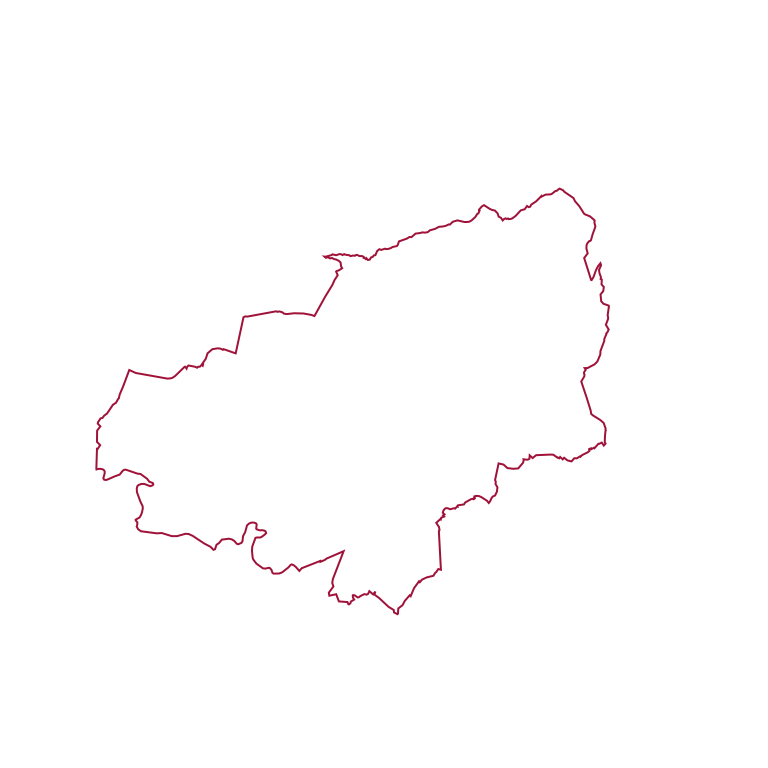 Penjamillo, Michoacán, Mexico, rotated 216°
{"feature_id": "50627088B96550332403790", "entity_name": "Penjamillo", "entity_type": "district", "adm_level": 2, "iso_a3": "MEX", "parent_name": "Mexico", "parent_adm1": "Michoacán", "projection": "albers", "projection_center": [-101.903, 20.095], "detail": "fine", "context": "isolated", "style": "outline", "palette": "rose", "viewbox_px": 768, "rotation_deg": 216, "n_neighbors": 0, "source": "geoboundaries", "source_scale": "gbopen_adm2", "svg_char_len": 6166}
<svg xmlns="http://www.w3.org/2000/svg" viewBox="0 0 768 768"><g transform="rotate(216 384 384)"><path d="M342.6,183.0L342.3,186.6L331.5,203.5L330.9,202.8L328.6,206.6L327.7,209.3L318.4,225.0L310.7,196.1L308.9,192.6L305.9,190.4L306.0,182.8L303.8,180.6L299.1,185.8L292.7,181.6L285.4,186.1L283.4,184.9L282.8,185.1L282.3,186.8L282.9,188.5L281.4,192.1L283.5,192.9L285.0,194.6L284.9,195.1L283.5,195.8L280.0,195.8L279.1,196.5L278.4,198.6L276.6,202.1L276.2,202.6L274.3,203.3L273.5,204.9L274.1,207.8L269.2,207.4L269.0,211.0L268.0,208.0L262.2,208.0L249.3,206.4L243.3,206.9L241.6,205.1L237.8,205.7L237.7,206.4L240.5,210.8L239.0,216.1L239.7,220.7L239.0,228.2L237.7,228.0L239.7,236.4L239.7,245.0L238.5,244.7L238.3,248.0L235.8,252.6L231.3,257.9L231.6,261.2L231.2,262.5L231.3,266.2L228.8,267.2L253.2,297.3L253.2,298.4L255.4,300.6L260.1,302.4L259.0,308.0L258.5,307.9L259.1,309.5L257.4,312.1L259.0,312.4L258.4,314.1L260.8,314.4L261.5,316.3L261.5,318.6L261.0,319.9L259.3,321.0L256.9,321.5L254.3,324.7L253.2,325.0L252.9,327.6L252.4,327.9L252.9,328.2L252.9,329.3L248.5,333.6L248.7,335.9L245.8,342.1L245.0,343.0L243.8,343.4L243.4,344.3L243.3,344.7L244.3,345.0L244.1,346.1L244.7,346.3L244.0,347.4L241.5,349.1L238.8,349.7L232.0,350.1L229.3,349.3L229.2,351.3L230.0,355.3L229.8,357.0L228.6,359.1L229.4,363.3L231.5,367.1L234.9,368.6L236.3,370.8L237.7,371.6L244.6,387.1L239.9,389.1L234.8,388.5L229.7,391.3L225.8,394.6L225.2,402.1L226.3,404.6L226.9,405.1L223.8,406.8L222.9,407.8L222.4,409.0L224.2,411.9L220.2,411.5L219.1,415.8L208.8,424.0L205.6,426.3L200.3,426.4L200.3,426.7L198.6,426.9L198.6,428.5L195.1,428.1L194.9,430.2L190.7,430.0L186.8,431.6L186.4,435.8L184.3,437.2L182.9,440.7L182.3,440.6L182.0,442.8L178.9,448.8L178.5,450.7L179.8,451.8L178.8,453.6L178.0,453.1L176.7,455.8L176.0,455.7L175.4,461.7L174.7,462.1L173.4,464.6L170.0,463.4L169.7,466.0L171.2,466.7L174.4,471.4L177.1,476.0L177.2,476.7L178.0,477.2L178.6,478.3L183.4,481.6L188.0,482.0L196.6,481.4L198.8,481.6L201.2,484.0L212.2,492.2L225.9,502.0L226.4,507.7L227.2,509.3L228.5,510.2L229.1,511.4L229.1,514.0L231.0,514.8L228.6,516.7L225.2,523.7L224.6,527.5L226.3,534.9L228.3,538.0L231.1,548.3L232.2,549.8L233.5,555.3L233.9,555.6L233.7,557.4L234.3,560.2L239.3,562.3L240.9,568.2L241.7,569.5L243.5,571.1L247.7,579.1L248.3,579.5L253.6,577.9L256.9,578.6L261.5,583.8L261.2,588.0L263.2,591.7L266.5,592.4L269.2,596.5L270.5,596.3L271.2,597.9L274.9,600.4L277.1,602.7L278.2,607.7L279.9,608.9L280.1,605.0L279.3,600.2L277.4,593.8L277.1,590.1L277.6,589.9L296.1,603.6L296.0,609.4L300.1,612.8L301.9,615.8L302.2,617.6L301.9,620.4L301.2,621.1L301.1,622.0L303.3,628.0L305.2,634.7L305.7,635.8L308.5,638.1L309.8,640.2L315.9,640.7L321.0,639.4L322.3,639.4L330.6,642.7L336.8,644.1L340.0,645.8L351.0,645.5L353.0,646.0L356.7,645.3L357.3,644.1L357.7,642.0L358.8,640.8L359.9,636.7L360.7,635.3L364.6,632.2L366.9,627.7L367.2,628.1L368.3,621.1L370.3,615.7L370.0,613.3L370.9,612.1L372.9,612.1L372.9,608.1L375.4,604.9L376.3,597.5L377.5,593.5L378.6,591.9L380.1,590.6L380.9,590.8L382.0,589.5L382.9,589.5L383.8,588.2L384.1,586.1L387.1,587.2L389.6,586.8L392.6,588.9L396.3,589.5L399.0,588.3L401.8,587.8L408.2,587.5L409.2,585.2L409.6,581.0L409.2,580.3L408.6,580.4L407.9,577.5L408.5,576.7L408.3,572.7L409.3,567.8L410.0,566.2L410.9,564.8L414.0,562.4L420.8,559.5L423.7,555.7L424.4,551.7L425.4,551.2L427.0,548.3L429.0,546.0L431.9,543.5L434.0,539.3L437.1,535.5L437.9,532.5L439.9,530.5L442.1,529.2L443.6,527.3L446.9,524.2L448.1,519.0L449.8,517.9L451.0,515.0L455.7,508.2L454.6,504.5L454.7,503.1L457.5,500.0L458.6,497.6L460.2,495.5L461.7,494.3L462.7,494.1L465.0,490.9L467.0,490.3L467.7,487.5L466.7,483.2L467.9,481.9L467.8,480.3L468.9,478.8L468.6,476.3L469.9,474.9L472.2,475.4L472.1,474.4L473.4,474.5L474.5,474.1L474.7,474.8L476.6,474.8L479.0,473.1L481.7,472.6L482.7,471.5L482.9,470.6L484.4,469.9L486.3,467.7L487.6,467.8L491.7,465.7L492.5,465.7L493.3,464.0L495.1,463.7L496.3,463.0L498.5,460.0L501.9,458.6L502.2,457.5L506.0,452.7L507.0,452.1L505.3,451.9L503.8,453.6L501.4,453.9L500.2,455.4L497.8,455.7L496.2,456.5L493.2,457.1L490.6,456.8L487.8,453.9L485.9,453.1L487.4,449.2L488.7,447.6L488.8,446.8L485.4,444.8L485.1,438.9L484.0,433.9L482.9,419.9L480.2,398.1L483.4,397.2L490.6,393.7L498.3,388.4L503.9,383.3L506.4,382.1L508.2,382.3L510.0,381.7L511.5,381.1L512.5,379.8L514.0,379.4L534.2,358.2L536.0,357.1L536.9,355.4L522.0,321.6L534.3,317.9L534.4,317.0L537.1,316.5L539.4,315.2L543.3,311.3L544.8,305.1L543.0,299.7L542.9,293.5L541.9,293.7L541.4,292.2L542.7,292.4L543.2,289.7L544.6,288.6L544.8,287.3L547.2,286.8L553.1,284.0L553.3,281.7L552.8,280.4L555.1,281.1L555.4,280.8L557.7,267.6L558.6,265.1L559.6,263.5L562.3,261.1L591.3,247.0L598.3,245.6L593.7,229.0L591.7,220.3L590.1,216.5L590.3,215.7L589.8,211.2L591.1,207.9L590.7,197.3L591.8,193.9L591.8,191.1L593.1,189.6L592.9,184.9L592.3,183.7L588.6,183.0L588.7,177.7L582.2,168.5L577.7,167.7L577.5,162.8L578.0,162.7L567.2,146.8L566.4,145.9L564.8,147.8L562.8,149.1L561.1,149.7L559.5,149.6L558.5,149.0L557.5,147.6L555.6,142.7L554.2,142.1L552.6,142.8L551.4,144.4L547.4,151.3L544.6,155.3L544.4,160.0L543.9,161.7L542.6,162.9L530.7,166.6L528.1,168.1L520.0,168.1L516.5,167.0L512.9,168.0L511.6,167.1L511.6,166.1L513.1,163.9L519.4,162.2L521.6,160.4L523.1,158.2L523.5,156.4L522.7,154.3L520.3,151.3L512.0,145.7L507.5,143.3L506.1,141.7L504.4,138.1L503.5,134.9L503.3,132.2L505.2,128.3L504.7,127.7L502.2,127.1L501.0,125.3L500.3,123.3L497.5,122.0L494.1,122.0L480.1,129.6L476.2,132.8L466.2,136.2L462.0,139.3L456.6,146.1L453.9,147.8L449.5,148.7L435.6,149.3L428.8,150.3L424.5,149.6L423.6,151.0L425.0,155.5L424.0,158.3L423.7,162.8L418.5,167.7L415.8,168.8L413.0,169.1L409.2,168.2L407.7,168.7L405.9,171.8L406.1,173.7L408.6,178.0L409.3,182.8L411.7,189.0L411.2,191.7L410.1,193.6L408.5,195.0L407.0,195.7L405.5,196.0L404.4,195.5L402.5,192.0L401.7,191.6L398.7,192.5L396.5,194.2L394.6,195.0L393.3,195.2L391.7,194.1L392.0,192.0L393.2,188.2L393.9,187.1L397.1,184.7L397.5,183.8L395.0,175.0L392.8,171.5L388.3,166.4L386.7,165.2L381.7,163.7L373.6,163.7L371.4,165.0L369.1,167.7L368.1,168.0L365.8,167.5L363.3,165.7L361.9,165.7L357.6,168.9L355.7,171.7L353.5,179.5L353.2,182.8L352.6,183.8L350.8,184.3L348.0,184.2L342.6,183.0Z" fill="none" stroke="#9f1239" stroke-width="2"/></g></svg>